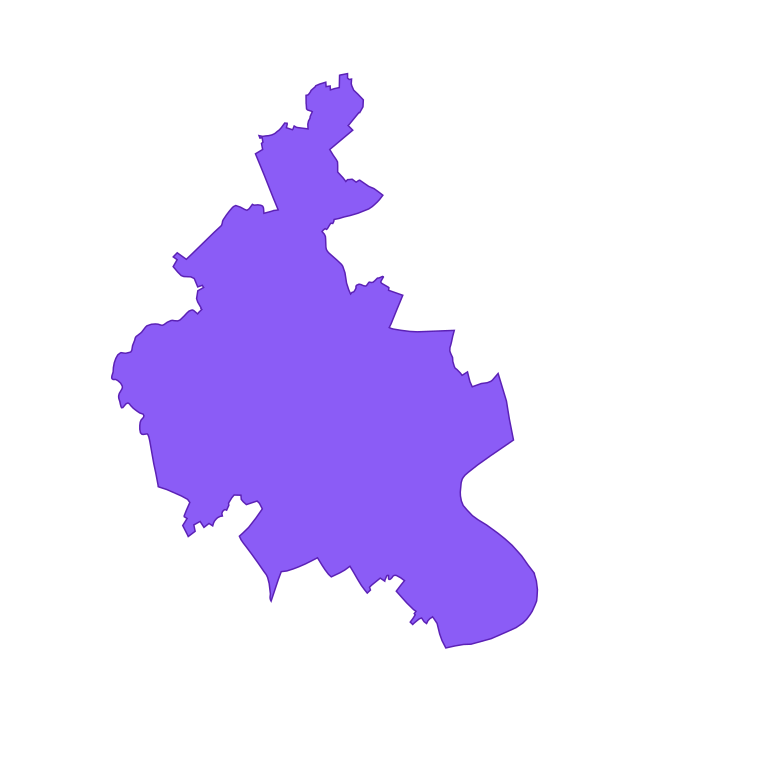 the district of Thanh Tri, Ha Noi, Vietnam, rotated 32°
{"feature_id": "81297802B95629282135268", "entity_name": "Thanh Tri", "entity_type": "district", "adm_level": 2, "iso_a3": "VNM", "parent_name": "Vietnam", "parent_adm1": "Ha Noi", "projection": "equal_earth", "projection_center": [105.831, 20.942], "detail": "fine", "context": "isolated", "style": "filled", "palette": "violet", "viewbox_px": 768, "rotation_deg": 32, "n_neighbors": 0, "source": "geoboundaries", "source_scale": "gbopen_adm2", "svg_char_len": 6170}
<svg xmlns="http://www.w3.org/2000/svg" viewBox="0 0 768 768"><g transform="rotate(32 384 384)"><path d="M523.5,362.9L508.7,347.1L503.0,340.6L496.9,333.6L475.2,314.6L473.9,323.2L473.2,325.1L470.9,328.2L466.3,332.0L460.3,339.6L455.8,336.6L452.5,333.5L448.4,329.5L445.6,335.3L443.2,334.3L438.3,333.1L435.7,332.8L434.1,331.7L430.4,328.4L428.1,325.2L424.3,322.7L422.3,321.1L420.6,318.1L419.9,315.4L418.8,312.1L417.0,307.2L415.2,301.3L384.6,322.1L378.1,325.7L369.9,329.5L362.9,332.4L360.6,333.1L358.5,333.4L358.1,329.2L355.2,312.6L354.2,306.4L352.9,298.8L338.2,302.1L337.1,299.7L336.3,299.6L330.4,299.8L328.5,299.8L327.6,299.5L327.1,299.0L326.9,296.9L326.8,293.6L326.5,293.4L325.7,293.6L324.5,295.4L323.4,296.9L322.3,297.7L321.5,301.2L320.8,303.5L319.4,304.7L317.8,305.2L317.3,305.8L317.0,309.9L316.4,310.8L314.5,311.5L311.7,311.9L309.9,312.6L308.4,314.8L308.4,315.7L308.8,316.7L309.4,317.3L309.6,319.3L309.6,321.5L309.3,322.2L308.3,323.3L308.0,325.4L304.3,322.9L298.8,318.3L292.0,310.4L286.6,306.0L284.6,305.1L278.6,303.9L267.3,302.0L265.2,301.2L263.7,300.3L262.2,298.7L257.6,291.9L256.1,289.9L253.9,288.5L250.7,287.6L250.9,285.8L251.6,283.7L251.8,283.4L253.3,283.4L253.7,282.3L253.6,276.8L253.8,275.8L255.5,275.0L255.3,272.9L254.5,270.9L258.2,267.4L261.6,263.5L266.0,259.1L271.4,253.0L278.3,243.6L280.0,239.8L280.9,236.9L281.9,233.1L282.5,229.8L283.0,224.5L277.8,224.0L272.1,223.6L266.3,224.5L255.4,224.0L254.7,224.8L253.4,227.6L248.5,227.2L246.5,228.8L244.8,230.0L244.3,232.5L240.1,230.9L232.4,228.8L229.1,223.5L226.9,220.3L224.8,219.1L219.7,216.9L213.7,213.9L223.0,185.3L216.6,183.8L217.0,181.9L218.9,167.1L219.6,166.8L219.3,160.1L215.9,154.0L208.1,152.0L202.6,150.9L198.7,148.2L197.1,146.7L194.9,142.6L193.1,144.2L191.0,143.9L188.6,140.1L183.2,145.1L182.7,145.7L189.0,156.3L185.6,159.6L182.7,163.0L180.4,159.8L177.3,162.5L174.7,158.9L170.5,163.7L168.1,167.2L168.1,168.6L166.6,173.6L166.8,175.8L166.6,177.9L166.3,179.2L164.9,180.5L169.4,187.5L169.7,187.8L172.5,191.7L173.9,192.1L178.0,191.1L178.9,191.1L179.1,192.4L179.6,196.1L180.4,197.9L180.5,199.0L180.6,200.9L181.7,204.0L184.4,207.9L175.3,212.1L173.8,212.7L171.1,212.8L171.7,216.0L171.6,216.9L165.4,218.4L164.3,215.1L163.7,214.2L161.5,215.3L161.1,220.9L160.6,223.9L159.5,226.8L158.9,228.9L158.1,230.4L156.8,232.3L154.5,234.6L152.1,236.4L149.9,238.3L146.4,239.6L148.5,241.2L150.1,239.7L153.2,243.1L152.6,244.9L156.8,249.4L153.0,256.9L171.7,270.3L191.1,284.6L202.0,292.4L200.5,293.8L198.4,295.4L198.2,295.8L196.0,298.3L191.7,302.9L189.0,299.2L188.3,298.4L187.1,297.6L186.3,297.5L184.8,297.7L182.1,298.9L179.2,301.1L178.3,301.3L177.2,301.4L176.8,306.7L176.4,307.8L175.7,309.3L173.4,309.8L168.5,310.1L163.7,311.2L162.3,313.4L161.8,315.5L161.2,319.7L160.8,324.1L160.6,329.8L160.8,331.4L161.6,333.3L162.2,335.6L161.6,337.9L159.6,345.3L152.3,375.1L150.3,383.0L139.1,382.3L138.1,386.8L137.9,387.9L142.7,388.2L143.0,396.2L149.8,398.4L152.8,399.1L154.5,399.5L157.2,399.0L163.4,395.5L167.2,395.1L174.6,400.4L177.6,396.6L179.9,397.7L176.7,403.6L179.8,410.9L182.6,413.2L188.4,416.3L188.7,417.0L190.0,417.3L189.0,421.3L188.8,423.3L183.5,422.5L182.2,422.8L181.4,423.6L180.0,425.5L179.2,428.4L178.5,432.2L177.1,437.7L176.5,438.7L175.5,439.9L172.1,441.7L171.2,441.9L169.8,443.0L167.5,446.4L165.9,450.3L164.9,451.7L163.8,452.2L160.7,453.0L158.2,454.3L155.1,456.6L152.1,460.3L151.6,462.2L151.0,468.4L150.6,469.9L148.6,475.1L148.6,476.5L148.9,477.7L149.3,478.6L150.4,484.6L152.2,488.9L152.3,490.1L152.2,491.2L148.7,494.8L147.3,495.5L144.3,496.8L143.6,498.2L142.8,500.4L143.0,504.4L144.0,508.9L145.8,513.5L147.9,517.3L149.0,521.5L149.9,523.2L150.8,523.7L152.0,523.7L154.1,522.3L156.6,522.2L160.1,522.8L163.1,524.4L164.2,526.0L164.4,527.5L164.5,532.2L165.1,534.3L165.8,535.6L167.0,537.0L169.2,538.8L170.9,540.6L172.9,542.5L174.0,543.2L175.0,542.4L175.7,537.6L176.6,536.1L177.4,535.7L178.8,535.8L180.5,536.5L184.5,537.5L189.1,537.9L192.3,538.0L195.6,537.2L197.2,538.1L197.7,539.7L197.1,543.2L197.5,545.6L198.9,548.6L200.9,551.8L203.3,554.4L205.2,554.9L206.5,554.4L209.6,551.8L210.5,552.0L212.6,553.5L215.6,556.5L231.0,573.6L237.6,580.4L246.0,589.5L246.9,590.7L248.1,590.5L255.7,588.6L271.6,586.3L278.5,585.9L282.1,587.3L283.3,595.7L284.4,601.7L284.9,602.4L288.3,602.4L288.3,610.7L297.5,616.2L298.8,617.1L301.9,609.0L297.4,604.3L299.6,600.3L300.9,598.0L307.3,601.0L309.5,595.0L313.9,595.1L313.1,592.2L312.9,589.9L313.2,587.7L313.7,585.6L315.2,583.1L316.9,581.6L315.2,579.9L314.6,577.7L315.3,575.1L316.2,574.6L317.4,574.4L316.7,569.1L315.3,567.4L315.2,561.2L315.7,557.6L321.6,554.1L324.1,557.5L327.1,558.5L331.2,559.2L338.4,550.5L341.6,551.2L347.0,554.4L346.4,565.8L345.2,577.4L343.3,585.1L342.0,589.7L345.4,591.9L349.4,593.6L353.5,595.1L362.5,598.6L372.7,602.8L381.2,606.5L385.3,608.1L387.9,609.8L392.4,614.1L398.9,622.2L400.3,625.1L401.0,626.1L402.1,627.2L403.3,627.9L397.9,605.5L396.3,597.6L400.7,594.0L405.1,588.8L408.5,584.3L412.7,578.2L419.7,566.6L427.7,570.6L432.5,572.8L437.8,574.8L441.5,575.5L446.7,567.4L449.3,562.6L451.7,556.6L457.8,559.7L465.1,563.6L471.5,566.8L476.3,568.7L480.6,570.2L481.7,565.9L479.4,564.0L480.1,561.1L483.7,550.6L489.1,550.8L488.7,549.9L488.0,545.2L488.3,544.5L489.3,544.0L490.8,546.4L491.3,546.9L491.8,547.0L492.6,546.5L493.0,545.6L493.4,543.9L493.4,542.5L493.8,541.3L494.7,540.4L495.9,539.8L500.7,539.5L505.6,539.9L505.0,544.5L504.3,551.8L504.2,553.2L519.3,557.6L527.5,559.4L528.8,559.7L531.0,559.7L531.6,559.9L531.3,562.7L532.8,563.2L532.8,567.5L532.4,572.0L535.8,572.7L536.0,571.6L537.1,568.1L538.2,564.9L539.2,563.3L539.9,562.5L543.9,564.3L547.0,564.6L547.0,564.1L546.7,561.6L546.8,560.9L547.3,558.5L548.2,556.7L548.5,555.7L550.4,556.4L555.9,558.9L563.7,566.5L569.1,570.8L576.3,575.1L582.9,568.6L589.5,562.7L595.7,558.5L609.8,543.2L619.4,529.2L625.1,520.6L628.4,513.1L629.6,507.9L630.1,501.9L630.1,498.1L629.2,491.5L628.4,487.1L626.4,483.1L623.1,477.1L617.6,470.3L611.7,465.0L611.7,464.8L602.1,461.2L591.7,456.8L578.1,452.9L568.4,451.2L559.8,450.2L545.8,449.2L535.7,449.3L528.7,448.8L521.4,446.9L515.6,445.1L511.6,442.2L508.2,438.5L506.0,435.3L501.7,426.7L500.7,423.0L500.7,421.1L501.0,418.4L502.2,414.4L506.2,403.2L512.4,388.3L523.5,362.9Z" fill="#8b5cf6" stroke="#5b21b6" stroke-width="1.5"/></g></svg>